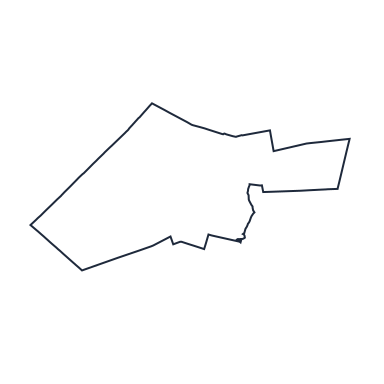 the district of Valcelele, Buzau, Romania, rotated 28°
{"feature_id": "2599482B18709155203204", "entity_name": "Valcelele", "entity_type": "district", "adm_level": 2, "iso_a3": "ROU", "parent_name": "Romania", "parent_adm1": "Buzau", "projection": "mercator", "projection_center": [27.37, 45.349], "detail": "fine", "context": "isolated", "style": "outline", "palette": "slate", "viewbox_px": 384, "rotation_deg": 28, "n_neighbors": 0, "source": "geoboundaries", "source_scale": "gbopen_adm2", "svg_char_len": 2811}
<svg xmlns="http://www.w3.org/2000/svg" viewBox="0 0 384 384"><g transform="rotate(28 192 192)"><path d="M204.9,241.5L205.3,241.3L205.9,241.0L206.2,240.9L206.3,240.8L206.5,240.8L207.1,240.7L213.4,239.6L218.2,238.7L224.3,237.6L229.5,236.7L228.4,230.9L226.5,221.8L229.5,221.2L233.2,220.2L247.7,216.2L256.7,213.7L257.4,213.6L257.6,213.6L258.1,213.6L258.5,213.7L258.4,213.3L258.3,212.7L258.1,212.0L258.0,211.5L257.2,211.7L256.6,211.9L255.5,212.3L254.9,212.5L254.5,212.6L254.2,212.6L254.3,212.4L254.6,212.0L256.0,211.4L256.8,210.8L257.9,210.2L258.7,209.7L259.2,209.1L259.9,208.0L260.1,207.5L258.9,205.9L257.9,205.2L256.7,205.2L256.9,204.7L257.4,204.4L257.5,204.0L256.5,199.4L256.7,196.8L256.5,194.7L256.3,193.8L256.6,192.3L256.6,190.8L256.5,190.1L256.0,186.9L255.9,185.3L256.2,182.3L256.7,180.7L254.6,179.5L253.0,177.6L252.2,176.3L250.5,175.5L247.4,173.4L246.4,172.7L245.6,171.9L243.5,168.3L242.5,167.6L241.4,166.8L240.9,164.7L240.2,163.1L239.8,160.6L239.7,159.1L239.2,158.1L249.1,154.3L250.6,153.3L254.9,158.6L259.1,156.2L287.3,139.9L295.7,134.8L301.4,131.4L302.2,130.9L307.4,127.8L309.1,126.8L309.5,126.5L311.5,125.3L314.1,123.8L317.9,121.6L319.1,120.9L318.9,120.3L318.5,118.7L317.4,114.3L315.4,106.6L312.6,95.9L309.9,85.5L309.5,84.0L309.0,82.0L307.1,74.6L306.7,72.9L306.3,71.5L306.2,71.1L298.8,76.1L295.0,78.7L287.2,84.0L283.0,86.9L273.6,93.2L270.4,95.4L244.9,117.6L234.3,104.1L231.9,101.0L210.0,118.3L209.2,118.5L205.3,122.2L205.0,122.6L204.5,122.8L201.7,123.6L195.2,125.0L193.8,125.1L193.4,125.1L193.0,125.3L192.4,126.4L191.2,126.7L177.4,129.2L173.3,129.9L168.3,131.0L161.4,132.6L160.0,132.8L154.9,132.6L141.9,132.6L134.7,132.6L129.1,132.5L126.9,132.5L126.2,132.5L125.5,132.5L125.4,132.5L125.1,132.5L124.3,132.5L123.6,132.5L122.4,132.5L116.1,132.5L115.3,132.5L115.0,132.5L114.9,132.6L114.9,132.9L114.7,133.9L114.2,135.6L113.3,139.5L112.7,142.0L112.3,143.5L111.6,146.5L110.6,150.8L110.1,151.7L109.8,152.9L109.5,154.2L108.8,156.9L108.6,157.9L108.3,158.9L107.7,161.5L107.4,162.4L107.1,163.7L106.7,165.2L106.6,165.6L106.6,166.3L106.6,166.5L106.4,167.3L106.2,168.0L105.6,169.6L105.1,171.4L99.6,188.2L98.3,191.9L96.3,198.0L95.9,199.6L94.8,203.0L94.1,205.1L93.6,206.6L92.8,209.4L91.5,213.3L88.9,222.0L87.5,226.6L87.1,227.2L86.2,229.8L85.2,232.8L84.8,234.3L81.9,244.2L79.4,252.2L78.7,254.8L78.4,255.7L78.2,256.8L76.5,261.6L74.2,268.9L71.8,276.2L70.9,279.1L70.1,281.7L69.5,283.7L68.1,287.4L67.4,289.7L66.0,293.8L64.9,297.0L73.0,298.8L74.1,299.0L79.1,300.2L82.2,300.9L84.5,301.5L86.6,302.0L89.7,302.8L92.6,303.5L95.7,304.2L98.0,304.7L100.6,305.4L103.0,305.9L107.2,307.0L111.0,307.9L115.5,309.0L118.0,309.6L120.9,310.3L121.9,310.5L123.4,310.9L127.8,311.9L130.2,312.5L131.7,312.9L157.5,284.8L173.0,268.3L181.4,259.2L182.9,257.4L193.9,241.4L200.0,247.0L204.9,241.5Z" fill="none" stroke="#1e293b" stroke-width="2"/></g></svg>